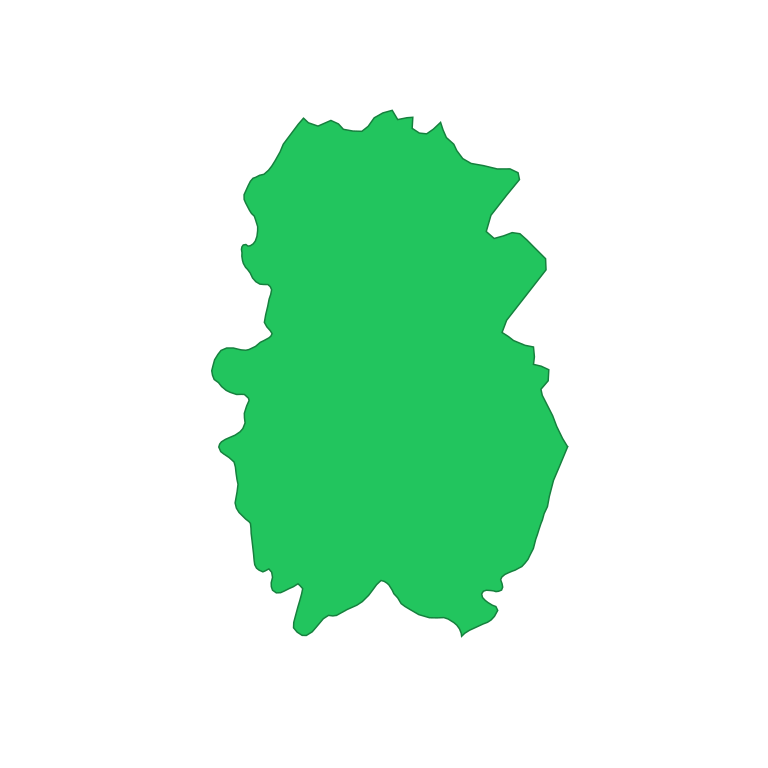 the district of Liozna, Vitebsk, Belarus, rotated 308°
{"feature_id": "67162791B19917337499758", "entity_name": "Liozna", "entity_type": "district", "adm_level": 2, "iso_a3": "BLR", "parent_name": "Belarus", "parent_adm1": "Vitebsk", "projection": "natural_earth1", "projection_center": [30.625, 55.016], "detail": "fine", "context": "isolated", "style": "filled", "palette": "green", "viewbox_px": 768, "rotation_deg": 308, "n_neighbors": 0, "source": "geoboundaries", "source_scale": "gbopen_adm2", "svg_char_len": 3591}
<svg xmlns="http://www.w3.org/2000/svg" viewBox="0 0 768 768"><g transform="rotate(308 384 384)"><path d="M171.7,488.3L172.3,489.0L183.6,493.8L193.0,498.8L199.2,500.9L208.0,502.0L214.6,501.9L221.3,501.7L227.3,502.6L228.6,505.6L228.9,509.0L228.7,511.6L226.6,517.4L224.8,520.9L223.9,526.5L221.5,532.7L221.6,537.5L222.5,544.7L223.7,553.4L227.8,563.7L232.4,569.8L236.8,575.0L238.3,579.3L239.0,586.0L238.8,589.9L237.5,594.3L235.2,598.2L233.0,600.5L237.3,601.1L242.6,603.0L249.0,606.3L256.0,609.9L260.0,612.3L264.1,613.7L268.9,614.1L275.6,613.0L277.5,609.2L276.4,605.6L275.8,600.5L275.8,597.0L276.4,593.1L278.7,590.2L281.9,589.9L284.5,591.6L286.8,595.0L288.4,597.6L289.3,600.0L291.2,601.9L294.0,603.5L297.0,602.6L299.3,600.0L301.6,596.4L304.4,595.7L308.3,596.5L311.9,598.3L315.5,600.3L318.0,601.9L322.2,603.7L325.0,605.0L329.7,605.4L334.5,605.4L339.0,604.4L346.3,603.0L355.2,599.1L359.7,597.6L364.7,595.7L370.6,593.6L374.4,592.5L380.4,590.0L388.0,588.3L397.2,583.5L412.4,576.9L426.3,573.2L447.8,567.3L447.7,567.0L451.0,558.3L456.9,546.2L462.8,536.5L472.5,515.7L476.5,510.9L487.6,511.4L496.7,505.1L494.8,496.9L491.5,489.7L498.0,485.8L505.2,479.0L501.3,471.3L498.0,459.3L498.0,453.0L497.3,445.3L509.7,441.4L531.3,441.4L552.8,441.4L573.7,441.4L582.2,434.2L584.2,417.8L585.5,407.7L586.1,398.6L582.2,391.8L574.3,387.0L566.5,381.2L567.1,370.7L582.8,364.4L608.2,364.4L628.5,364.9L633.0,359.6L631.1,350.9L623.2,340.9L617.3,327.9L611.4,316.8L610.1,307.3L612.7,297.7L615.9,291.4L616.6,281.4L620.5,274.2L625.0,267.5L615.2,266.0L607.4,263.6L603.5,257.4L602.8,248.8L611.9,242.5L608.0,238.2L600.8,232.0L604.7,222.0L596.9,216.2L587.7,212.4L577.3,212.9L569.5,211.0L564.2,203.8L559.7,195.2L560.9,188.0L559.0,179.9L546.6,173.2L543.3,163.6L543.9,157.4L543.9,156.9L535.9,156.5L510.9,157.0L503.0,159.2L493.1,160.7L486.7,161.4L481.4,161.4L475.4,160.3L471.9,157.5L467.8,155.6L465.5,154.1L461.5,153.9L456.9,154.8L447.0,157.2L443.3,160.2L441.5,163.5L438.0,171.2L436.8,174.6L436.4,178.5L433.9,182.3L430.2,187.6L426.9,190.1L422.1,193.0L417.3,194.6L413.8,194.6L410.6,193.5L408.9,191.9L408.9,189.3L406.9,187.5L404.6,187.6L402.3,188.8L400.0,191.3L397.2,193.3L394.2,196.5L392.4,199.0L390.7,203.1L390.3,205.9L389.1,210.2L386.6,215.2L385.7,220.0L386.3,224.7L388.2,227.7L390.9,231.3L390.7,234.4L389.1,237.4L384.8,239.6L380.2,241.2L373.7,244.5L365.6,248.2L358.9,251.8L356.9,256.5L356.0,261.5L354.8,264.8L352.0,265.4L349.5,264.9L344.2,262.6L340.8,260.9L334.5,259.6L327.9,256.3L325.5,254.3L323.0,250.5L321.8,248.0L319.6,243.1L317.5,240.4L315.4,237.8L310.1,234.9L305.1,234.9L298.8,235.6L292.6,238.2L288.4,240.1L285.3,243.5L283.0,247.4L283.2,252.7L282.0,257.6L281.8,263.5L282.7,267.8L285.0,274.3L288.0,277.9L289.8,280.4L289.4,285.8L288.0,287.8L282.1,289.3L279.1,290.4L274.9,292.0L271.5,294.8L267.8,298.5L262.0,300.2L257.7,300.0L251.9,298.1L247.0,295.4L242.7,293.1L238.3,291.5L235.5,291.5L232.6,292.6L230.2,297.0L230.2,301.1L230.7,307.1L230.2,313.9L227.1,318.0L222.7,322.3L218.3,326.9L215.1,330.7L208.6,334.6L198.6,339.9L195.3,344.1L193.5,348.9L193.0,353.2L192.4,358.1L192.4,362.4L191.9,364.6L188.4,368.0L184.5,371.3L179.7,376.1L174.5,381.2L169.6,386.0L165.0,390.3L162.0,393.4L160.4,396.9L160.4,400.1L161.4,404.2L163.5,405.4L167.4,407.1L166.5,411.4L163.0,415.2L157.9,417.5L154.9,420.0L152.9,423.1L153.1,427.7L155.9,431.0L159.3,432.8L164.2,435.1L168.5,437.4L173.6,439.2L173.4,441.9L172.7,445.9L168.1,448.2L161.2,451.1L155.3,453.4L146.3,457.2L140.5,459.7L136.2,462.8L135.0,468.3L135.5,474.2L138.0,477.6L144.5,480.0L150.3,480.3L161.7,480.7L167.5,482.7L169.8,486.5L171.7,488.3Z" fill="#22c55e" stroke="#15803d" stroke-width="1.5"/></g></svg>